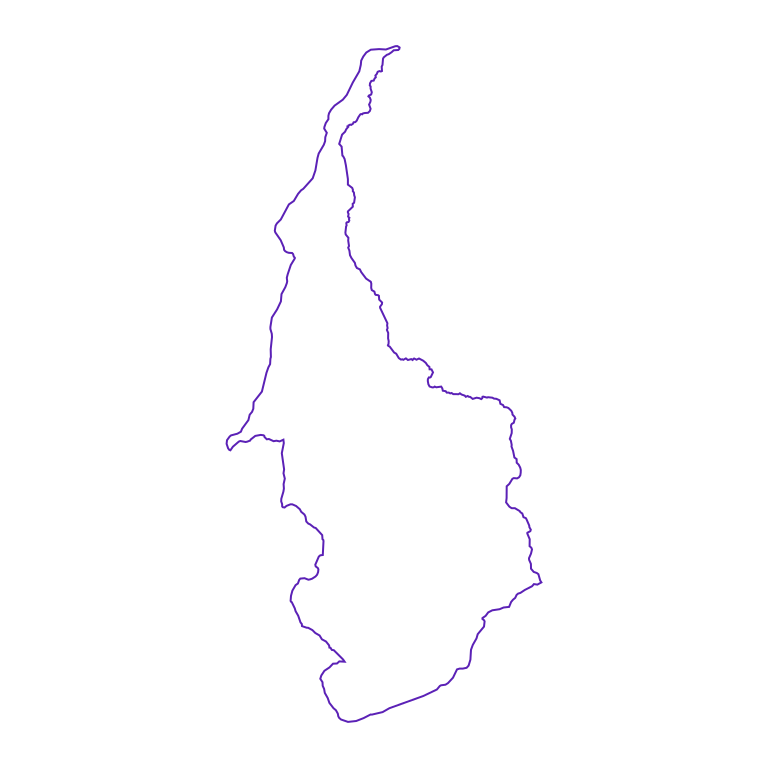 La Salina, Casanare, Colombia (Natural Earth projection)
{"feature_id": "7082276B42027668960316", "entity_name": "La Salina", "entity_type": "district", "adm_level": 2, "iso_a3": "COL", "parent_name": "Colombia", "parent_adm1": "Casanare", "projection": "natural_earth1", "projection_center": [-72.339, 6.211], "detail": "fine", "context": "isolated", "style": "outline", "palette": "violet", "viewbox_px": 768, "rotation_deg": 0, "n_neighbors": 0, "source": "geoboundaries", "source_scale": "gbopen_adm2", "svg_char_len": 6070}
<svg xmlns="http://www.w3.org/2000/svg" viewBox="0 0 768 768"><path d="M436.9,689.5L439.8,686.0L441.0,685.3L445.5,684.7L448.0,683.1L453.0,677.7L457.0,669.4L459.6,668.6L462.8,668.6L466.6,667.8L468.6,665.6L470.4,659.7L471.0,649.8L472.8,644.9L476.5,638.4L477.7,634.2L484.0,626.6L484.6,621.4L484.1,620.3L482.4,618.9L482.5,618.0L485.6,615.9L488.2,612.4L492.3,610.3L499.6,609.2L503.6,607.5L509.1,606.9L511.1,602.0L513.0,599.7L515.2,597.9L516.6,594.9L518.1,593.6L520.4,592.9L524.9,589.9L532.1,586.2L533.9,584.1L537.4,584.6L541.4,582.4L540.2,580.5L538.4,574.2L536.8,573.0L533.7,571.9L531.0,568.7L530.9,563.9L529.1,559.8L529.0,558.2L531.0,553.6L532.0,549.4L531.3,547.7L529.6,546.2L529.7,539.2L527.3,533.5L527.4,532.7L530.3,531.2L530.8,529.7L529.4,527.2L529.2,525.5L526.5,519.3L525.8,518.1L523.5,517.2L522.3,513.5L520.5,512.3L519.6,511.0L514.9,508.2L511.8,508.2L510.7,507.6L509.3,506.6L506.1,502.4L506.6,498.0L506.7,486.3L509.3,483.9L512.4,478.8L513.8,478.1L517.1,478.4L519.0,477.3L520.3,475.3L520.7,472.7L520.8,470.0L520.2,467.6L518.7,464.7L516.7,462.7L516.6,459.1L514.4,457.5L513.1,451.0L511.5,446.5L511.7,444.9L510.9,440.8L509.8,438.9L511.7,433.1L511.8,429.4L511.1,427.3L511.1,425.2L511.8,423.9L513.8,422.7L514.6,419.4L515.3,418.6L514.5,416.7L512.5,414.6L512.3,412.8L511.3,410.8L508.4,408.0L506.6,407.3L504.1,407.1L503.1,405.1L500.4,403.8L499.6,400.3L496.3,398.8L494.0,398.6L492.4,397.7L488.0,397.2L487.0,397.6L483.2,396.6L482.5,396.8L482.2,398.3L481.2,399.1L479.4,398.2L476.6,397.7L472.7,398.9L470.2,396.9L468.9,396.8L467.7,396.0L465.8,396.8L464.7,395.6L461.5,394.5L459.9,393.3L458.6,394.2L453.2,394.1L451.6,393.0L450.2,393.4L448.8,392.6L446.7,392.6L445.7,391.2L442.8,390.7L442.3,388.4L441.2,386.6L436.3,387.3L434.7,386.6L433.7,387.3L432.3,387.4L429.6,386.5L428.4,384.3L427.8,381.0L427.9,379.1L428.9,377.4L430.0,377.5L430.8,377.0L433.0,372.4L431.5,369.4L429.6,369.3L429.4,366.9L427.4,365.3L425.8,362.9L423.2,360.7L419.0,358.5L416.5,359.7L414.1,358.5L413.5,358.8L412.6,360.0L411.2,359.1L407.9,360.0L405.9,358.4L403.3,359.8L402.3,359.3L401.0,359.6L398.8,358.1L396.2,353.7L394.1,352.5L389.7,346.6L388.3,345.9L387.9,345.2L388.5,344.1L388.7,341.2L388.1,338.4L388.2,332.9L386.9,329.9L387.6,328.1L387.1,325.4L387.4,323.2L380.1,307.8L380.1,306.6L381.9,304.2L382.1,302.5L379.2,299.6L378.9,295.8L378.1,295.2L375.6,294.8L375.0,294.0L374.4,291.6L371.8,290.1L371.2,287.9L371.3,283.6L370.8,281.8L366.1,278.6L361.2,272.1L359.9,269.4L356.9,268.0L355.5,265.6L354.9,262.9L351.5,258.1L350.0,255.2L349.4,250.6L348.2,247.7L349.0,246.0L348.2,240.6L348.4,237.8L345.7,234.5L345.4,232.6L346.1,226.4L346.6,225.5L346.3,223.1L346.9,222.3L348.5,222.0L349.3,220.6L348.9,218.9L349.4,217.8L348.1,216.6L348.6,213.9L347.9,212.6L347.9,211.4L352.8,206.7L352.7,203.8L354.1,202.7L354.9,197.3L354.2,195.3L353.9,192.5L352.8,191.2L352.9,189.7L352.2,187.9L347.9,184.6L347.9,179.1L345.9,165.4L344.6,159.0L343.2,156.3L342.4,155.6L341.6,146.6L339.2,143.9L342.1,134.6L345.1,131.7L346.2,129.3L347.7,127.5L347.5,126.6L348.3,126.6L348.4,125.5L350.2,124.6L351.2,124.9L352.9,123.8L353.6,122.3L355.3,122.1L356.7,120.7L358.3,117.3L360.2,114.5L361.1,114.0L362.2,114.3L363.0,113.4L364.9,113.0L368.0,112.8L369.8,111.1L370.6,108.8L369.1,104.6L370.4,101.8L370.7,99.9L369.8,97.5L368.4,96.4L368.8,95.6L371.2,94.5L371.8,92.2L370.6,88.7L370.6,86.4L369.8,85.5L370.0,83.3L371.4,80.9L373.7,80.6L374.6,78.5L375.8,77.3L375.4,75.5L376.7,74.1L377.7,71.8L379.4,71.1L380.9,71.5L382.0,71.0L381.7,66.6L382.5,64.9L383.0,58.8L383.7,57.4L386.9,54.8L388.7,54.2L391.6,52.2L393.7,50.3L398.2,50.0L399.3,49.0L399.6,47.5L398.9,47.0L397.3,46.1L395.3,46.2L385.9,49.5L379.1,49.1L370.8,49.7L366.3,52.5L363.3,56.5L361.2,60.6L360.8,64.8L359.3,71.3L352.8,82.5L346.8,94.9L342.8,99.7L334.6,105.6L331.1,109.7L329.0,113.3L328.4,115.9L328.4,119.2L325.8,123.0L324.4,127.0L324.2,128.6L326.8,132.8L325.3,137.2L325.1,141.2L323.8,144.8L318.7,153.5L317.5,157.9L315.4,170.4L312.7,178.3L303.3,188.8L301.1,190.3L298.1,193.8L293.8,201.0L288.9,204.4L280.8,219.5L276.9,223.4L275.6,225.6L274.8,230.7L275.3,232.4L280.7,240.2L283.8,247.4L284.1,249.8L285.0,251.0L286.6,252.1L288.7,252.8L292.1,253.0L293.1,254.1L293.8,256.6L294.8,257.7L294.8,258.4L290.8,265.0L287.7,274.3L286.8,277.8L287.2,281.3L286.8,283.2L285.3,287.2L281.5,294.1L280.9,301.4L277.1,309.4L271.9,317.5L270.4,327.0L270.4,329.0L271.8,333.8L272.0,337.1L270.7,349.3L270.9,357.0L270.4,358.8L270.1,364.1L268.4,367.3L266.5,372.7L261.9,391.6L253.6,402.2L253.3,408.8L252.7,410.2L252.1,411.8L249.7,414.7L248.4,420.1L242.1,428.7L240.9,431.7L237.4,433.7L231.0,435.4L229.6,436.6L227.0,440.2L226.6,443.8L228.1,448.3L229.3,449.9L230.4,450.3L232.9,446.7L238.8,441.6L240.3,441.0L245.6,442.0L247.1,441.7L250.1,440.6L250.7,439.5L255.3,435.9L260.7,434.9L263.6,435.3L264.3,435.9L264.5,437.0L266.8,439.3L268.9,439.0L273.6,441.2L276.4,440.7L279.7,441.4L283.4,439.7L283.8,443.1L281.8,453.2L284.1,469.4L283.5,473.3L284.8,478.6L283.6,484.1L283.9,488.6L283.4,491.6L281.3,498.8L281.2,501.4L282.1,504.0L282.2,506.5L282.8,507.2L284.6,507.5L286.5,505.9L290.5,504.3L292.2,504.3L296.1,506.0L299.8,509.2L301.2,511.8L304.4,514.5L305.5,516.7L306.3,521.5L308.3,523.6L310.1,524.4L314.0,527.5L315.7,528.0L322.2,535.1L322.5,539.2L323.3,540.0L323.5,541.1L322.8,555.0L320.3,555.3L318.8,556.6L315.3,564.7L315.7,566.4L317.8,568.0L318.4,569.3L318.1,572.1L317.1,574.7L315.5,576.5L312.1,578.7L310.0,579.4L308.4,579.7L304.5,578.2L300.3,578.6L299.2,579.9L297.9,583.5L295.6,585.1L292.4,590.6L291.0,595.8L290.6,600.8L290.9,601.6L291.8,602.2L294.8,608.4L295.6,611.2L298.2,615.7L300.5,622.4L301.8,624.0L302.0,626.1L306.6,627.7L308.2,627.8L312.4,630.1L315.3,633.0L319.6,635.5L321.9,639.3L326.0,641.5L329.1,645.4L329.4,647.6L330.5,647.8L331.8,649.9L333.8,650.2L343.1,659.5L344.6,661.7L339.3,661.4L337.0,663.5L333.0,663.7L329.5,667.4L324.4,670.8L321.3,675.5L320.3,678.8L322.5,682.2L322.7,685.8L324.1,688.9L324.8,692.9L327.7,698.0L329.4,702.9L333.5,708.2L335.9,710.2L337.8,713.6L338.3,716.3L339.1,717.8L341.0,719.5L348.0,721.9L356.2,721.0L363.6,718.1L370.6,714.5L371.9,714.6L382.6,712.1L389.4,708.2L423.3,696.0L436.9,689.5Z" fill="none" stroke="#5b21b6" stroke-width="2"/></svg>